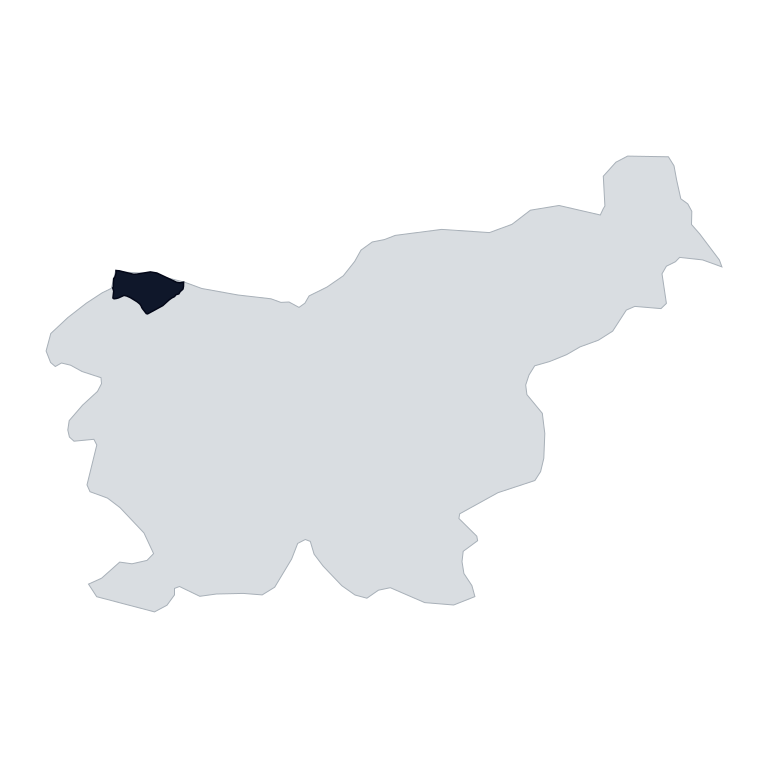 Kranjska Gora highlighted on a map of Slovenia
{"feature_id": "SVN-1014", "entity_name": "Kranjska Gora", "entity_type": "Municipality", "adm_level": 1, "iso_a3": "SVN", "parent_name": "Slovenia", "parent_adm1": "", "projection": "orthographic", "projection_center": [13.827, 46.45], "detail": "fine", "context": "in_parent", "style": "filled", "palette": "ink", "viewbox_px": 768, "rotation_deg": 0, "n_neighbors": 0, "source": "natural_earth", "source_scale": "10m", "svg_char_len": 2249}
<svg xmlns="http://www.w3.org/2000/svg" viewBox="0 0 768 768"><path d="M721.9,266.9L702.6,259.9L679.6,257.4L675.5,261.7L666.4,266.2L662.0,273.8L666.4,303.4L661.0,308.6L634.8,306.4L626.3,310.1L612.7,331.1L598.4,340.2L580.0,346.9L566.5,354.7L549.4,361.6L534.7,365.8L529.0,375.0L525.7,385.0L526.9,394.6L542.3,413.3L544.8,433.5L543.8,458.3L540.6,471.6L534.9,480.5L497.9,492.7L459.7,513.8L458.9,518.5L476.8,536.2L477.6,540.7L463.2,551.3L462.0,561.6L463.9,573.5L471.9,585.6L474.9,596.6L453.7,605.0L424.7,602.6L390.3,587.7L378.4,590.2L366.9,598.2L355.0,595.0L341.8,585.7L323.2,566.2L314.1,554.2L310.3,541.4L305.3,539.5L297.7,543.4L291.6,559.1L274.7,587.2L262.2,594.9L243.1,593.4L216.4,594.0L199.8,596.3L179.5,586.5L174.5,588.4L174.5,594.9L167.0,605.2L154.5,611.9L96.7,596.7L88.5,584.1L101.6,578.2L119.7,562.1L132.0,563.8L147.0,560.4L153.6,553.6L144.0,533.0L120.1,507.7L107.5,498.1L90.0,491.7L87.0,484.9L96.8,445.0L93.9,439.3L74.0,441.2L69.4,437.0L67.8,430.0L69.2,420.6L82.6,405.1L97.5,391.4L101.5,383.7L101.0,377.7L82.0,371.5L70.6,365.2L61.5,363.0L55.3,366.5L50.6,362.5L46.1,351.0L50.8,333.5L67.9,317.5L86.3,303.2L102.2,292.8L111.4,288.3L115.8,270.3L125.2,272.2L144.1,273.2L165.0,277.3L184.6,282.2L201.8,288.5L238.0,295.0L271.0,298.8L280.9,302.4L289.0,302.0L299.0,307.4L304.9,303.2L309.1,295.9L326.9,287.1L343.3,275.8L354.7,261.4L361.0,250.1L372.2,242.0L384.3,239.6L395.2,235.4L441.6,229.4L489.4,232.6L512.0,224.3L530.4,210.2L557.7,205.7L559.1,205.5L600.3,215.0L603.2,208.8L604.9,206.0L603.3,176.2L615.9,162.2L627.6,156.1L668.4,156.8L674.0,165.8L676.6,179.9L680.8,198.8L687.8,203.9L691.8,211.3L691.5,224.5L699.8,234.0L719.4,260.0L721.9,266.9Z" fill="#d9dde1" stroke="#a8b0b8" stroke-width="1"/><path d="M112.7,287.9L113.3,286.8L113.6,278.8L114.8,277.1L115.6,275.2L116.0,273.0L116.0,270.5L119.3,270.8L133.5,274.3L136.4,274.2L150.4,271.9L156.9,273.0L176.6,282.3L180.1,282.8L183.6,282.1L183.5,286.4L183.0,289.0L181.4,290.6L180.3,291.4L178.8,293.9L176.0,294.7L174.5,296.6L171.9,297.9L169.1,299.9L162.8,305.6L147.6,313.9L146.3,313.6L142.5,308.7L141.8,307.6L141.0,305.6L139.7,303.9L137.0,301.7L130.3,297.6L126.7,296.0L124.0,295.4L118.5,297.9L116.3,298.5L114.0,298.8L112.9,298.0L113.7,291.1L112.7,287.9Z" fill="#0f172a" stroke="#020617" stroke-width="1.5"/></svg>